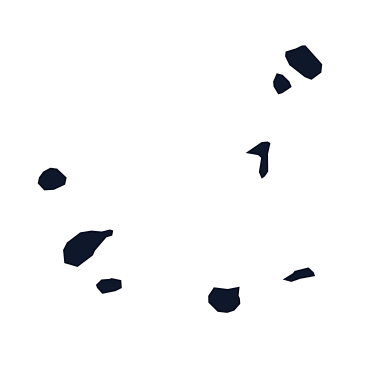 map outline of Cabo Verde (Equal Earth projection), rotated 80°
{"feature_id": "CPV", "entity_name": "Cabo Verde", "entity_type": "country or territory", "adm_level": 0, "iso_a3": "CPV", "parent_name": "Africa", "parent_adm1": "", "projection": "equal_earth", "projection_center": [-23.904, 16.006], "detail": "fine", "context": "isolated", "style": "filled", "palette": "ink", "viewbox_px": 384, "rotation_deg": 80, "n_neighbors": 0, "source": "natural_earth", "source_scale": "50m", "svg_char_len": 1185}
<svg xmlns="http://www.w3.org/2000/svg" viewBox="0 0 384 384"><g transform="rotate(80 192 192)"><path d="M245.1,317.7L239.4,329.3L227.0,328.3L220.6,323.5L213.1,308.9L213.3,297.7L216.0,287.9L215.5,279.4L216.6,277.2L220.4,278.7L221.0,284.4L232.4,298.3L236.6,301.1L245.1,317.7ZM83.6,73.4L74.5,76.0L70.6,74.8L69.4,64.8L67.6,58.2L68.0,55.3L88.9,42.4L96.3,44.5L101.4,54.8L97.9,60.5L83.6,73.4ZM294.3,162.6L302.1,164.9L305.1,164.1L310.1,164.6L315.4,171.2L316.4,178.2L313.8,187.0L303.5,194.3L297.5,193.4L290.5,186.8L294.5,173.8L294.3,162.6ZM164.0,336.8L156.6,341.6L151.5,339.5L146.7,334.6L144.3,327.3L146.2,321.2L156.1,313.8L162.0,316.2L165.1,327.6L164.0,336.8ZM184.7,114.1L188.6,117.9L189.9,120.5L184.1,121.9L170.2,117.1L166.5,120.0L162.8,130.4L155.7,114.7L156.2,108.9L157.7,107.2L167.6,111.3L184.7,114.1ZM269.7,301.4L267.1,301.9L263.2,296.2L264.0,288.3L263.6,286.2L267.0,277.8L273.8,278.5L275.6,284.8L275.9,297.6L269.7,301.4ZM110.0,89.6L102.3,92.6L97.6,92.2L90.7,87.7L92.9,82.9L100.3,77.6L105.4,76.5L109.6,86.0L110.0,89.6ZM297.0,109.6L294.0,116.0L290.3,106.5L288.3,104.3L287.3,90.7L292.7,86.7L295.4,86.3L295.5,100.4L297.0,109.6Z" fill="#0f172a" stroke="#020617" stroke-width="1.5"/></g></svg>